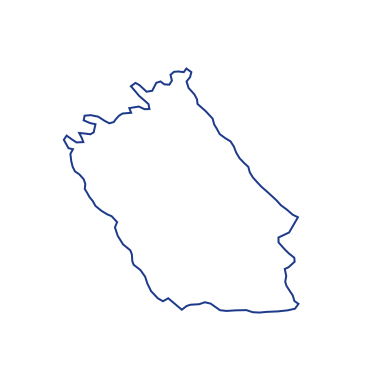 outline of Sabáudia, Paraná, Brazil, rotated 110°
{"feature_id": "56859067B64057014053019", "entity_name": "Sabáudia", "entity_type": "district", "adm_level": 2, "iso_a3": "BRA", "parent_name": "Brazil", "parent_adm1": "Paraná", "projection": "equal_earth", "projection_center": [-51.597, -23.348], "detail": "fine", "context": "isolated", "style": "outline", "palette": "blue", "viewbox_px": 384, "rotation_deg": 110, "n_neighbors": 0, "source": "geoboundaries", "source_scale": "gbopen_adm2", "svg_char_len": 1809}
<svg xmlns="http://www.w3.org/2000/svg" viewBox="0 0 384 384"><g transform="rotate(110 192 192)"><path d="M197.8,319.3L204.5,315.9L209.2,312.7L212.6,309.1L214.0,303.8L217.0,298.2L220.9,295.0L225.8,293.8L228.8,290.1L231.8,286.6L234.5,282.1L238.1,278.0L240.7,270.5L242.0,264.0L242.2,259.3L245.9,252.1L251.6,252.3L258.5,246.9L264.8,238.9L267.9,230.0L271.3,227.1L277.3,224.5L280.3,222.0L282.9,213.9L287.6,207.1L293.3,202.6L299.2,196.5L303.6,187.7L304.6,181.9L300.0,178.0L306.1,161.3L301.0,158.1L298.5,155.0L295.0,146.9L291.2,142.2L290.5,136.3L292.2,130.0L293.5,125.3L292.0,119.0L288.2,110.3L284.4,100.5L284.2,93.9L282.2,87.3L279.1,80.8L274.7,70.2L270.3,61.3L266.4,55.3L260.7,53.7L259.4,58.5L254.9,61.8L247.9,71.1L244.5,73.7L238.7,74.7L232.6,78.5L229.6,75.5L222.4,71.7L218.8,73.4L216.6,80.0L213.9,85.8L209.8,93.4L205.2,95.2L196.8,86.9L179.5,83.8L178.9,89.6L176.2,96.6L174.0,104.0L170.9,109.8L166.0,121.6L163.2,128.8L160.4,134.3L157.4,139.9L153.8,144.4L149.1,147.7L146.9,153.0L144.0,158.9L139.9,163.9L134.8,168.4L131.2,173.2L130.1,179.0L128.1,185.8L124.0,190.4L121.0,194.2L116.0,197.7L111.3,206.9L107.4,216.9L103.2,219.0L99.4,223.2L95.4,230.8L90.0,234.9L84.7,233.1L79.6,233.6L77.9,239.5L82.2,240.7L83.4,246.0L85.2,250.0L89.2,252.3L94.2,249.0L98.9,250.0L100.3,254.8L98.9,259.4L101.6,262.9L110.5,264.0L113.3,269.0L109.6,277.8L108.8,282.4L113.5,285.6L115.7,281.6L119.9,274.3L121.8,269.2L124.3,262.9L128.6,260.4L130.4,264.9L129.9,271.2L134.6,279.6L138.4,276.3L142.0,284.1L145.3,286.7L149.7,288.5L153.1,289.5L155.7,293.2L155.1,298.0L153.3,305.9L154.4,313.4L157.0,319.0L161.7,318.3L162.1,311.2L161.3,305.9L169.6,304.8L172.5,307.2L173.6,312.2L175.1,318.2L179.1,313.9L182.3,311.2L184.9,317.5L183.8,322.3L181.9,329.1L186.8,330.3L193.1,323.0L192.5,318.5L197.8,319.3Z" fill="none" stroke="#1e3a8a" stroke-width="2"/></g></svg>